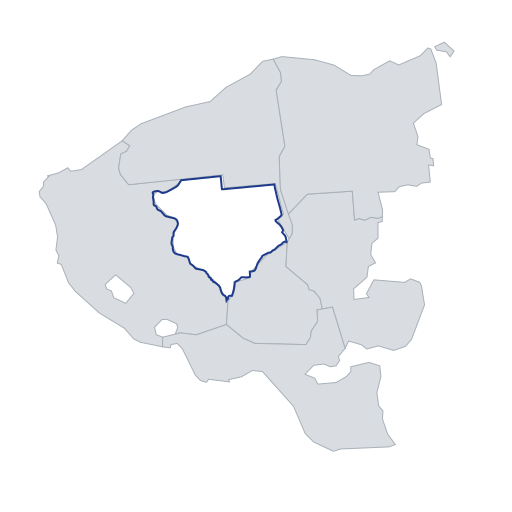 Botswana highlighted among its neighbors, rotated 86°
{"feature_id": "BWA", "entity_name": "Botswana", "entity_type": "country or territory", "adm_level": 0, "iso_a3": "BWA", "parent_name": "Africa", "parent_adm1": "", "projection": "orthographic", "projection_center": [24.585, -22.321], "detail": "fine", "context": "with_neighbors", "style": "outline", "palette": "blue", "viewbox_px": 512, "rotation_deg": 86, "n_neighbors": 6, "source": "natural_earth", "source_scale": "50m", "svg_char_len": 6464}
<svg xmlns="http://www.w3.org/2000/svg" viewBox="0 0 512 512"><g transform="rotate(86 256 256)"><path d="M131.7,381.5L137.2,374.2L142.4,377.8L144.9,383.8L158.5,386.9L165.2,385.6L176.0,378.0L174.1,325.3L177.7,327.3L185.7,340.7L184.8,349.4L187.8,354.4L196.9,352.7L209.2,341.9L212.2,335.0L218.5,331.6L230.2,337.3L240.7,338.0L248.9,334.7L252.6,323.4L259.7,322.3L268.2,307.6L280.3,297.1L299.2,287.1L322.3,290.3L330.5,321.0L327.4,336.8L328.2,342.0L321.9,339.1L318.1,339.9L313.0,349.2L312.8,354.2L320.0,362.2L327.5,361.0L330.5,354.8L340.1,355.5L334.0,377.4L330.3,383.6L318.9,392.3L301.9,416.3L278.7,438.7L269.5,444.9L250.8,450.8L249.2,454.7L242.0,452.6L236.1,455.2L223.2,452.6L211.1,453.7L189.0,461.8L182.0,467.3L176.7,467.8L171.4,463.0L167.4,462.9L162.0,456.9L161.6,458.8L159.3,446.9L154.8,437.6L158.6,434.9L157.6,424.1L131.7,381.5ZM294.1,389.3L284.7,380.4L278.7,383.1L265.0,397.4L273.9,408.5L278.4,407.2L280.8,402.7L287.8,400.7L294.1,389.3Z" fill="#d9dde1" stroke="#a8b0b8" stroke-width="1"/><path d="M322.3,290.3L299.2,287.1L291.0,280.4L280.7,277.9L277.1,263.7L271.4,262.0L256.3,246.1L244.3,223.8L268.5,226.9L288.3,206.4L293.2,205.4L295.0,200.5L302.9,195.1L313.4,193.5L314.1,198.8L325.5,199.0L334.6,206.0L341.0,207.3L347.9,212.3L343.1,263.4L337.0,274.7L322.3,290.3Z" fill="#d9dde1" stroke="#a8b0b8" stroke-width="1"/><path d="M172.7,283.5L176.0,378.0L165.2,385.6L158.5,386.9L144.9,383.8L142.4,377.8L137.2,374.2L131.7,381.5L121.7,371.3L116.0,361.3L102.4,315.8L98.7,291.0L85.7,274.2L74.1,248.9L62.3,235.9L60.8,225.0L74.9,218.7L83.6,218.4L92.0,224.3L148.7,219.5L158.4,225.9L191.3,227.0L227.5,217.5L236.3,218.3L241.7,221.5L221.3,231.6L216.1,225.7L185.1,231.7L185.8,282.7L172.7,283.5Z" fill="#d9dde1" stroke="#a8b0b8" stroke-width="1"/><path d="M316.5,91.3L350.1,106.7L356.6,113.3L359.8,125.3L354.2,140.2L356.5,152.0L352.0,156.7L347.3,169.6L354.4,173.6L312.3,183.3L313.4,193.5L302.9,195.1L295.0,200.5L293.2,205.4L288.3,206.4L268.5,226.9L244.3,223.8L236.3,218.3L227.5,217.5L216.3,220.8L197.9,200.5L198.0,155.4L227.0,155.2L225.8,150.4L227.9,145.1L225.4,138.5L227.0,131.6L225.5,127.3L230.4,127.6L231.2,132.0L246.7,133.0L251.3,139.4L262.6,141.5L271.2,137.2L274.2,144.6L284.9,146.8L295.5,160.9L306.2,161.3L305.3,146.1L301.4,148.5L288.0,140.1L292.7,109.6L289.6,103.3L293.7,94.5L297.5,93.0L316.5,91.3Z" fill="#d9dde1" stroke="#a8b0b8" stroke-width="1"/><path d="M374.2,140.2L384.7,139.8L401.0,145.0L414.2,144.0L419.3,140.2L427.5,141.2L442.6,137.2L453.8,130.2L455.7,136.7L454.4,185.2L456.2,192.4L445.7,211.3L436.6,219.3L408.6,229.0L371.7,257.7L370.0,267.8L375.5,279.0L377.4,291.9L379.7,291.3L375.7,311.8L378.6,314.4L376.2,320.2L370.5,324.9L343.6,335.8L337.7,340.8L338.4,346.9L341.6,348.0L340.1,355.5L330.5,354.8L327.4,336.8L330.5,321.0L322.3,290.3L337.0,274.7L343.1,263.4L347.9,212.3L341.0,207.3L334.6,206.0L325.5,199.0L314.1,198.8L312.3,183.3L354.4,173.6L362.1,180.9L365.9,179.8L371.1,183.8L371.7,189.5L368.5,195.9L369.0,206.0L377.4,215.4L382.1,205.8L388.1,203.2L387.8,184.9L382.6,174.3L377.9,169.4L373.1,169.2L370.0,150.7L374.2,140.2Z" fill="#d9dde1" stroke="#a8b0b8" stroke-width="1"/><path d="M70.8,48.4L65.7,51.7L63.2,61.4L59.7,63.1L55.8,53.2L65.4,44.2L70.8,48.4ZM61.7,67.2L76.3,62.8L117.8,60.3L125.6,78.5L134.4,89.7L148.3,86.1L156.2,87.7L161.7,76.0L170.5,75.2L171.2,72.7L178.4,72.5L177.2,77.5L194.4,77.0L194.8,85.7L197.7,91.0L195.6,99.4L196.7,108.0L201.5,113.1L200.9,129.8L219.1,126.5L225.5,127.3L227.0,131.6L225.4,138.5L227.9,145.1L225.8,150.4L227.0,155.2L198.0,155.4L197.9,200.5L216.3,220.8L191.3,227.0L158.4,225.9L148.7,219.5L92.0,224.3L83.6,218.4L74.9,218.7L60.8,225.0L58.9,216.2L64.3,184.0L71.0,164.9L82.6,148.5L83.6,137.9L82.6,130.0L78.3,125.3L70.6,109.0L75.4,100.3L67.7,78.2L60.5,70.0L61.7,67.2Z" fill="#d9dde1" stroke="#a8b0b8" stroke-width="1"/><path d="M244.2,224.6L243.9,225.3L243.7,226.3L243.9,227.1L244.5,228.1L245.3,229.0L245.9,229.6L246.6,230.9L247.3,232.6L248.2,233.9L250.9,236.9L251.2,237.9L251.6,239.0L253.3,241.0L253.6,241.7L253.5,243.1L255.2,247.2L256.3,249.6L257.3,250.1L260.4,252.7L263.2,254.8L266.4,256.2L268.7,257.2L269.8,257.9L270.4,258.5L270.9,259.7L271.1,261.9L271.1,263.3L273.7,263.3L275.7,263.4L276.5,263.7L276.7,264.1L276.6,265.0L276.7,266.4L276.7,267.5L276.5,268.7L276.3,270.1L276.2,271.8L276.5,272.4L278.5,274.6L279.3,276.1L280.1,278.2L280.6,278.9L281.0,279.2L282.8,279.4L287.5,280.4L290.3,281.3L292.6,282.2L293.5,282.5L294.0,282.7L294.1,282.9L293.8,284.7L293.9,285.3L294.1,285.9L294.5,286.3L294.9,286.6L296.6,286.8L297.6,288.0L298.3,288.5L295.2,288.7L293.6,289.6L292.7,291.2L291.2,292.4L289.3,293.1L287.3,293.6L285.1,293.9L282.8,295.2L280.4,297.8L279.1,299.4L279.1,300.0L278.5,300.6L277.5,301.1L276.9,301.6L276.7,302.3L276.2,302.6L275.2,302.6L274.5,303.1L274.1,304.1L273.3,304.7L272.0,304.9L270.8,305.5L269.9,306.4L269.1,306.8L268.6,306.8L267.8,307.6L266.5,309.4L266.2,310.2L264.4,317.0L263.4,317.8L261.5,319.2L260.0,320.9L259.3,321.9L258.6,322.3L255.1,323.1L253.8,323.5L252.2,324.1L251.8,324.7L251.4,326.8L250.3,329.8L249.5,332.1L248.9,334.0L247.9,336.4L247.0,337.2L246.1,337.9L244.8,338.3L243.1,338.5L241.5,338.4L240.3,338.5L238.7,339.3L237.1,339.4L234.6,338.9L232.6,338.4L231.7,338.3L229.9,336.7L228.8,336.8L227.0,336.6L226.1,336.3L225.2,335.5L223.2,333.9L221.2,332.7L219.5,331.9L217.9,331.6L216.4,331.9L215.2,332.2L214.8,332.4L213.9,333.1L212.9,334.4L212.2,336.3L211.9,337.5L211.1,340.1L210.0,343.2L209.4,344.0L208.8,344.7L207.8,345.3L204.6,347.8L203.1,350.5L202.1,351.3L200.8,351.7L199.8,352.0L199.2,352.4L198.6,353.8L198.1,354.3L197.5,354.5L195.6,354.4L195.0,354.3L190.1,354.7L188.6,354.3L187.6,354.1L185.9,354.7L185.2,354.4L184.6,353.2L184.3,350.9L184.3,349.0L185.1,347.5L185.9,346.4L186.6,344.9L186.7,344.3L186.5,343.7L186.3,342.6L186.2,341.4L185.1,338.8L183.6,335.4L181.8,331.6L181.2,330.5L180.0,328.9L175.8,325.8L175.2,325.4L175.2,325.0L175.1,322.0L174.9,317.9L174.8,313.8L174.7,309.7L174.5,305.6L174.4,301.4L174.3,297.3L174.1,293.2L174.0,289.1L173.9,285.7L176.9,285.6L180.6,285.5L185.1,285.4L187.0,285.3L187.1,284.8L187.1,282.2L186.9,276.4L186.8,270.5L186.7,264.7L186.5,258.9L186.4,253.0L186.3,247.2L186.1,241.4L186.0,235.5L185.9,232.7L189.4,232.4L193.5,231.7L200.0,230.7L206.1,229.4L210.1,228.6L214.8,227.8L216.4,227.6L216.8,227.7L217.5,228.0L219.7,230.9L221.1,233.1L221.3,234.0L221.6,234.1L222.3,234.0L223.0,233.6L225.2,231.4L225.7,230.8L227.1,229.7L228.8,228.6L230.3,227.9L231.9,227.2L232.6,227.4L233.5,227.9L234.2,228.3L237.8,225.6L239.4,225.0L243.6,224.5L244.2,224.6Z" fill="none" stroke="#1e3a8a" stroke-width="2"/></g></svg>